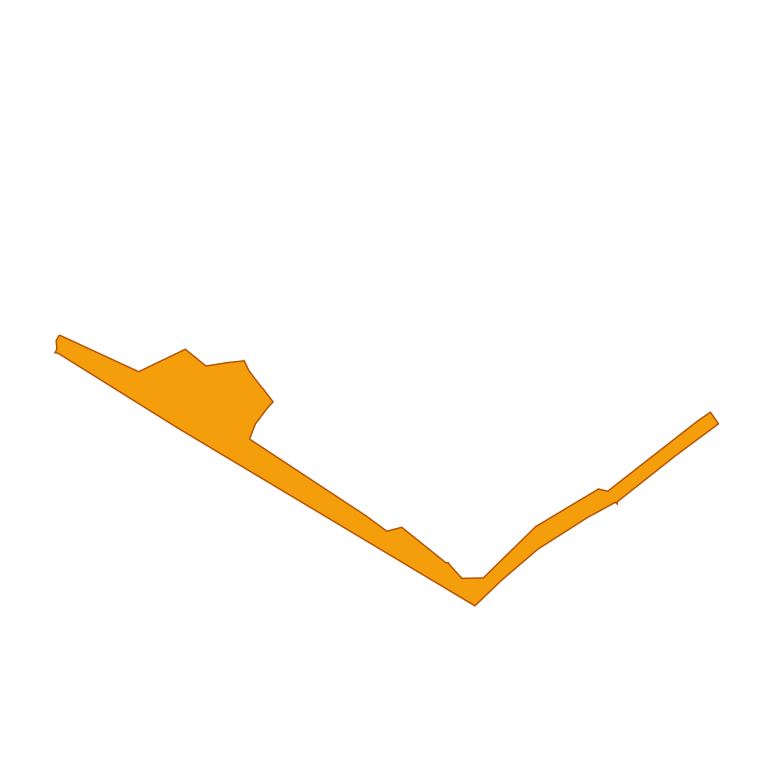 John Compton Highway, Castries, Saint Lucia, rotated 228°
{"feature_id": "8701671B24659660179823", "entity_name": "John Compton Highway", "entity_type": "district", "adm_level": 2, "iso_a3": "LCA", "parent_name": "Saint Lucia", "parent_adm1": "Castries", "projection": "robinson", "projection_center": [-60.989, 14.019], "detail": "fine", "context": "isolated", "style": "filled", "palette": "amber", "viewbox_px": 768, "rotation_deg": 228, "n_neighbors": 0, "source": "geoboundaries", "source_scale": "gbopen_adm2", "svg_char_len": 939}
<svg xmlns="http://www.w3.org/2000/svg" viewBox="0 0 768 768"><g transform="rotate(228 384 384)"><path d="M130.6,605.9L143.6,607.6L144.6,607.6L146.6,593.2L151.7,520.9L154.6,478.5L159.5,475.1L162.4,473.2L168.9,440.3L176.5,401.5L174.1,343.4L173.4,328.0L187.5,311.8L206.4,311.8L208.3,312.1L209.0,311.4L210.1,310.3L255.8,302.9L265.7,301.3L266.3,300.0L272.7,287.6L298.1,282.4L311.9,278.8L318.0,277.2L433.1,247.2L440.4,261.7L444.0,280.3L444.5,285.1L444.9,289.6L446.1,289.7L449.9,290.0L452.7,290.2L459.7,290.8L467.8,291.1L484.3,292.5L488.5,293.8L495.2,295.7L495.6,294.5L504.9,281.6L516.5,263.7L542.8,259.6L557.3,209.9L637.1,175.7L637.4,174.4L637.0,173.6L635.6,169.4L629.5,164.8L628.4,163.2L627.3,160.4L625.5,162.2L487.8,201.7L158.3,303.1L159.5,339.2L158.3,387.8L148.6,446.1L141.3,476.7L138.8,477.0L139.6,477.8L140.4,478.5L136.8,534.7L135.7,552.0L133.8,572.4L132.0,591.0L130.6,605.9Z" fill="#f59e0b" stroke="#b45309" stroke-width="1.5"/></g></svg>